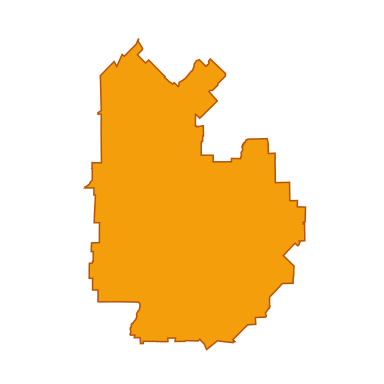 Longreach, Queensland, Australia, rotated 174°
{"feature_id": "25037944B74261156915694", "entity_name": "Longreach", "entity_type": "district", "adm_level": 2, "iso_a3": "AUS", "parent_name": "Australia", "parent_adm1": "Queensland", "projection": "albers", "projection_center": [143.955, -23.876], "detail": "fine", "context": "isolated", "style": "filled", "palette": "amber", "viewbox_px": 384, "rotation_deg": 174, "n_neighbors": 0, "source": "geoboundaries", "source_scale": "gbopen_adm2", "svg_char_len": 5584}
<svg xmlns="http://www.w3.org/2000/svg" viewBox="0 0 384 384"><g transform="rotate(174 192 192)"><path d="M165.0,38.7L166.8,40.8L160.8,45.7L152.7,52.4L152.1,52.6L150.8,54.0L142.4,53.8L142.1,60.5L131.8,59.9L131.7,60.0L131.0,60.8L131.7,63.6L131.5,63.9L128.1,68.1L127.9,67.8L126.9,68.7L126.8,69.7L126.6,70.0L126.8,70.0L125.9,79.1L125.5,79.7L122.0,82.5L111.7,91.5L100.9,90.7L100.7,94.2L99.3,99.9L99.0,103.5L98.2,107.6L102.5,112.8L107.8,119.2L94.9,130.3L92.4,127.4L91.8,127.9L91.7,128.1L91.2,128.4L91.0,128.5L90.9,128.8L90.9,129.2L90.8,129.5L90.3,130.4L90.1,130.6L89.9,130.7L90.1,131.4L90.5,131.8L90.6,132.0L84.9,131.8L83.4,148.5L84.8,148.6L84.6,150.3L83.6,149.8L82.6,150.4L80.7,165.1L88.9,166.3L88.0,172.5L95.6,173.1L94.0,191.4L108.2,192.6L107.2,202.0L106.5,210.8L106.0,216.1L105.8,216.1L105.3,221.9L112.0,222.3L111.3,231.4L111.1,231.5L111.7,237.2L122.6,238.0L130.6,238.7L131.6,238.3L131.7,238.5L132.4,238.2L132.8,238.0L133.0,237.7L133.3,237.4L133.4,236.7L133.7,236.3L133.7,236.1L133.8,235.9L134.0,236.0L134.5,236.0L134.7,235.8L134.7,235.6L134.7,235.3L134.8,235.1L135.5,235.2L135.8,235.1L135.8,234.9L135.6,234.6L135.6,234.4L136.0,234.3L136.4,234.1L136.7,233.8L136.7,233.6L136.3,233.5L136.2,233.5L136.2,233.0L136.4,232.8L136.5,232.7L137.5,232.2L137.6,231.7L137.4,231.3L137.4,231.1L137.2,231.0L137.2,230.9L137.4,230.6L137.4,230.4L137.2,230.1L137.2,229.9L137.2,229.3L137.1,229.1L137.1,228.9L137.4,228.4L137.5,227.9L138.0,227.4L138.3,227.2L139.0,226.1L139.1,225.8L139.1,225.2L139.1,224.9L139.1,224.7L139.1,224.3L139.0,224.1L139.0,223.9L139.0,223.6L139.0,223.1L139.1,222.8L139.1,222.7L139.3,222.7L139.5,222.1L139.3,221.9L139.4,221.7L139.7,221.4L139.9,221.4L140.0,221.4L140.1,221.2L140.1,220.8L140.3,220.5L140.3,220.1L145.4,220.8L149.2,221.3L149.6,217.9L167.8,219.8L167.2,225.1L167.1,225.3L167.2,225.6L167.1,226.4L179.0,227.6L178.2,235.2L178.0,237.6L177.8,238.8L177.7,240.2L177.2,240.2L177.1,241.5L176.1,241.5L175.5,246.6L174.7,246.5L173.8,256.7L180.5,256.3L180.6,257.2L181.7,257.4L180.4,268.9L180.2,268.7L179.3,267.9L176.6,264.5L157.3,279.9L164.7,290.2L163.6,291.1L161.0,290.9L155.2,295.5L155.1,296.9L151.1,300.2L150.9,300.4L150.2,300.9L150.0,301.0L146.8,303.7L146.8,304.6L146.5,304.9L146.4,305.1L146.3,306.3L159.9,322.3L160.1,321.9L160.4,321.8L160.5,321.5L161.3,321.0L162.0,319.9L161.9,319.3L161.6,318.7L161.6,318.0L162.3,317.5L162.5,317.2L162.9,317.1L163.5,317.0L163.8,316.0L164.2,316.0L165.2,315.5L166.1,316.7L166.2,317.2L166.7,317.4L166.9,317.8L167.1,318.1L167.7,318.8L167.9,319.1L170.9,322.8L172.0,322.4L172.8,322.4L173.3,322.3L174.1,322.0L174.8,320.9L175.6,320.1L176.4,319.2L176.5,318.8L176.8,317.1L177.0,316.2L177.7,315.3L177.9,314.6L178.1,314.1L178.7,313.3L178.8,313.0L179.1,312.7L179.3,312.4L179.7,312.4L180.2,312.1L182.3,310.1L182.7,309.6L183.1,309.3L183.5,308.8L183.7,308.6L184.0,308.4L184.5,308.0L185.4,306.9L186.0,306.6L186.1,306.3L186.6,305.9L187.1,305.4L187.5,305.2L188.2,304.8L188.7,304.7L189.0,304.6L189.3,304.3L189.4,303.9L189.6,303.8L190.5,303.7L191.0,303.5L192.0,303.0L193.0,302.6L193.2,302.4L193.5,302.0L193.6,301.7L193.7,301.2L193.7,300.1L193.9,299.6L194.3,298.9L194.8,298.3L198.3,302.7L200.0,301.3L200.5,301.9L200.7,302.0L201.4,302.8L202.2,303.1L207.4,309.0L206.7,309.6L208.7,312.1L208.9,312.2L212.7,317.0L221.3,327.8L224.7,325.1L232.0,334.3L226.5,338.7L226.5,339.2L226.3,339.4L226.1,339.9L227.2,342.1L227.2,342.3L227.6,343.1L229.8,347.4L229.2,349.5L229.1,350.2L232.0,344.9L245.3,334.0L247.1,336.1L253.7,324.7L255.8,329.9L271.0,317.3L273.7,282.4L277.2,280.8L277.4,279.3L274.1,279.0L274.9,271.9L275.9,263.0L278.1,240.2L278.7,233.7L279.0,230.5L287.3,231.4L287.4,231.6L288.3,231.7L288.9,226.2L289.3,226.0L288.8,225.1L289.8,216.0L289.9,215.3L289.9,214.2L291.8,212.8L292.2,212.3L292.2,212.0L292.4,211.9L292.7,211.2L292.9,211.0L293.0,210.9L293.3,210.7L293.5,210.4L293.9,210.1L294.1,210.0L294.3,209.9L294.5,209.8L294.5,209.7L295.0,209.3L295.4,209.3L296.1,208.9L296.7,208.4L297.7,208.2L297.8,208.2L298.0,207.6L298.3,207.3L289.1,206.3L289.5,202.6L290.0,199.3L288.3,199.2L289.8,189.6L289.9,189.4L290.2,187.1L291.2,180.9L292.5,171.7L287.2,171.1L288.2,162.8L289.4,151.3L297.2,151.9L297.6,149.2L298.5,143.3L296.4,143.0L296.6,142.1L297.5,133.5L297.9,133.6L298.1,133.5L298.3,132.3L298.9,131.6L301.5,131.9L302.4,125.1L302.9,119.9L303.3,116.9L299.9,116.5L300.8,108.3L301.2,105.0L295.7,104.3L297.0,92.6L275.7,90.4L261.7,88.7L256.6,88.0L256.4,87.6L256.0,87.3L255.8,87.0L255.8,86.8L255.8,86.5L255.6,86.3L255.5,86.0L255.6,85.4L255.5,85.0L255.6,84.7L255.5,84.4L255.7,84.1L255.8,83.8L255.8,83.5L255.8,82.7L256.1,82.5L256.1,82.2L256.3,81.8L256.3,81.4L256.6,81.1L257.2,79.7L257.7,79.3L258.0,79.4L258.3,79.2L258.6,78.4L258.9,78.0L259.1,77.9L259.3,77.6L259.5,76.9L259.9,76.5L259.8,76.3L259.9,76.1L259.9,75.5L259.8,75.3L260.0,75.1L260.0,74.8L259.9,74.5L259.8,74.0L260.2,73.2L260.8,72.2L260.7,71.9L260.9,71.6L261.4,70.9L261.8,70.8L262.1,70.2L262.8,69.8L263.4,69.2L263.6,68.9L264.0,68.4L264.1,68.0L264.2,67.7L264.5,67.6L264.8,67.7L265.5,67.4L265.4,67.2L265.8,66.9L266.2,66.7L266.3,66.2L266.2,65.9L266.3,65.7L266.3,65.2L266.3,64.6L266.4,64.3L266.5,64.3L267.0,64.1L267.2,63.8L267.5,63.3L267.4,62.9L267.5,62.6L267.9,62.1L267.7,61.9L267.7,61.5L267.5,61.1L267.5,59.6L267.7,58.4L267.9,57.9L268.1,57.7L268.5,57.0L268.5,56.7L268.4,56.5L268.2,56.1L263.8,55.7L264.7,53.1L258.8,52.6L259.1,46.6L256.2,46.4L256.0,48.6L242.7,47.1L242.7,46.9L231.6,45.7L231.3,49.3L224.0,48.5L223.6,48.4L224.5,45.1L214.6,44.2L213.7,44.8L207.1,44.0L206.1,43.8L201.4,43.2L199.6,44.8L199.5,44.3L195.8,39.6L193.9,33.8L182.1,41.5L179.9,40.7L166.7,37.9L166.7,38.6L165.0,38.7Z" fill="#f59e0b" stroke="#b45309" stroke-width="1.5"/></g></svg>